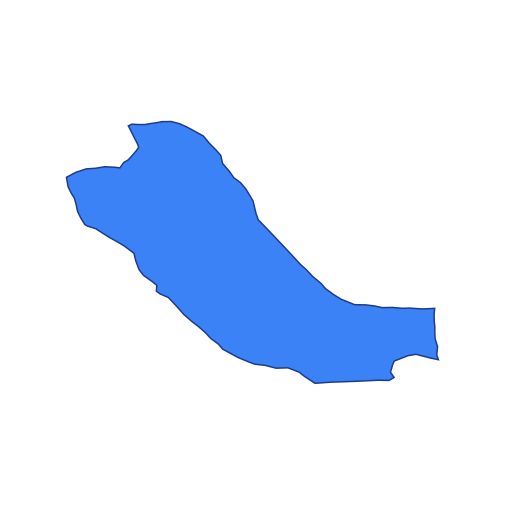 the district of Tyresö, Stockholm, Sweden, rotated 196°
{"feature_id": "70781695B80728861937235", "entity_name": "Tyresö", "entity_type": "district", "adm_level": 2, "iso_a3": "SWE", "parent_name": "Sweden", "parent_adm1": "Stockholm", "projection": "natural_earth1", "projection_center": [18.293, 59.209], "detail": "fine", "context": "isolated", "style": "filled", "palette": "blue", "viewbox_px": 512, "rotation_deg": 196, "n_neighbors": 0, "source": "geoboundaries", "source_scale": "gbopen_adm2", "svg_char_len": 1625}
<svg xmlns="http://www.w3.org/2000/svg" viewBox="0 0 512 512"><g transform="rotate(196 256 256)"><path d="M414.6,345.9L400.1,330.3L398.8,328.0L400.1,324.1L403.5,316.8L405.4,313.1L408.9,309.4L411.1,303.2L416.1,302.4L426.1,300.1L434.2,296.2L443.3,292.9L452.1,286.9L459.9,279.4L458.0,275.5L455.8,270.9L451.1,265.6L446.7,261.8L443.3,256.3L439.8,249.7L434.8,244.1L429.2,239.1L426.4,238.3L417.6,238.1L413.8,236.9L402.2,233.5L392.8,231.3L385.0,229.2L374.0,224.9L370.3,218.3L364.6,210.6L358.7,206.3L348.7,202.8L343.3,200.5L342.1,194.7L337.7,193.1L328.9,192.0L318.9,186.1L309.2,179.9L299.5,175.3L291.6,172.2L283.8,168.5L276.6,164.2L267.8,160.9L262.2,157.2L253.4,155.3L245.3,153.5L234.3,152.2L227.2,151.7L217.0,153.4L205.8,153.7L194.5,157.3L182.8,156.3L176.4,153.7L164.2,149.9L157.3,152.4L149.5,155.3L139.2,158.6L124.5,163.4L104.5,170.2L93.7,173.1L90.1,177.0L89.8,177.3L94.7,181.4L94.7,188.9L94.2,193.1L82.4,202.1L75.1,205.6L60.4,206.0L52.1,206.6L52.3,206.9L55.0,210.8L56.5,218.9L60.9,225.6L62.8,231.1L64.8,237.9L66.7,242.4L68.7,248.9L69.8,254.9L73.6,253.6L81.7,250.9L94.3,248.2L100.8,246.1L110.9,244.1L120.3,241.2L128.7,240.6L136.9,239.3L147.8,236.4L162.3,237.9L171.0,240.4L180.4,243.9L186.4,247.8L195.8,251.9L203.9,256.7L211.8,260.6L221.2,266.4L230.2,271.8L239.6,277.3L245.3,280.7L254.7,286.2L263.8,291.4L267.8,297.0L274.1,308.2L284.1,317.5L291.0,322.2L298.9,325.1L304.5,329.7L313.6,335.7L317.7,343.1L323.9,347.0L332.1,351.6L339.6,356.8L347.5,358.6L357.8,360.9L365.9,362.1L374.7,361.9L383.2,359.3L388.5,356.6L394.2,354.1L398.9,351.8L405.4,349.9L411.7,348.5L414.6,345.9Z" fill="#3b82f6" stroke="#1e3a8a" stroke-width="1.5"/></g></svg>